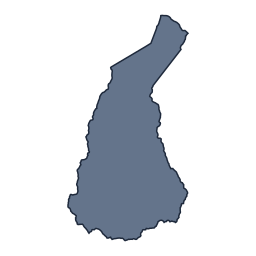 Chorrochó, Bahia, Brazil (Albers equal-area conic projection)
{"feature_id": "56859067B48761296402275", "entity_name": "Chorrochó", "entity_type": "district", "adm_level": 2, "iso_a3": "BRA", "parent_name": "Brazil", "parent_adm1": "Bahia", "projection": "albers", "projection_center": [-39.189, -9.189], "detail": "fine", "context": "isolated", "style": "filled", "palette": "slate", "viewbox_px": 256, "rotation_deg": 0, "n_neighbors": 0, "source": "geoboundaries", "source_scale": "gbopen_adm2", "svg_char_len": 5854}
<svg xmlns="http://www.w3.org/2000/svg" viewBox="0 0 256 256"><path d="M160.8,15.6L160.7,16.6L160.6,17.4L160.4,18.1L159.8,20.1L159.5,21.1L159.2,21.9L159.1,22.6L158.4,24.4L158.0,25.1L157.4,25.8L156.8,26.4L156.7,27.4L156.5,28.5L156.1,29.6L150.9,43.3L145.4,46.7L111.3,66.9L110.7,67.5L111.0,69.0L111.9,69.9L112.3,71.1L112.1,72.2L111.9,74.5L111.9,76.1L112.1,76.9L112.2,77.9L112.0,78.9L110.6,81.5L110.4,82.2L110.0,82.8L109.4,83.4L108.6,83.9L108.2,85.0L108.2,86.2L108.4,87.3L108.4,88.3L108.2,89.1L107.2,89.5L106.2,90.0L105.5,90.9L104.5,91.8L103.8,92.3L103.1,92.4L102.2,93.0L101.4,93.9L99.9,96.3L99.7,97.4L99.5,98.7L98.5,101.0L97.8,103.3L97.3,104.3L97.1,104.9L96.8,106.4L96.7,107.4L96.8,108.4L95.8,108.8L95.3,109.5L94.8,110.4L94.3,111.1L93.9,112.0L93.5,113.1L93.6,114.3L93.4,115.4L92.6,116.2L92.5,117.2L92.9,118.0L93.1,118.8L92.8,119.7L92.0,120.0L90.5,120.3L89.8,121.3L89.3,122.4L88.8,123.3L88.4,124.8L88.2,125.7L88.6,126.3L88.8,127.3L88.9,128.3L88.7,129.5L88.4,130.8L88.8,131.6L88.7,133.3L88.4,134.0L87.8,134.4L86.9,135.2L86.5,136.3L85.9,136.9L86.3,137.9L86.6,139.0L86.9,139.9L87.5,140.9L88.1,141.7L88.0,142.5L87.6,143.3L87.5,144.3L87.9,145.4L87.9,146.5L88.2,147.3L88.5,148.3L88.6,149.4L88.6,150.6L89.4,151.8L89.2,152.5L88.5,152.8L87.8,153.1L87.5,154.2L88.0,155.2L87.5,156.0L87.0,157.3L86.7,158.3L85.8,158.9L84.9,159.4L83.7,159.7L81.8,159.9L81.2,160.4L81.2,161.1L80.7,162.0L80.2,162.8L80.9,164.8L80.0,165.9L79.5,167.1L79.0,167.9L78.6,168.6L77.6,169.4L77.2,170.2L77.3,171.2L77.6,171.8L77.8,172.5L77.9,173.3L78.1,174.1L78.2,175.1L78.0,176.2L78.2,177.0L78.5,177.7L78.4,178.6L78.1,179.5L77.4,181.3L77.3,182.4L76.7,184.1L76.8,185.0L77.6,186.6L77.7,187.7L77.6,188.8L77.7,189.8L78.0,191.0L77.4,193.0L77.0,193.7L76.4,194.2L75.2,194.4L74.0,194.6L72.8,195.0L70.9,194.4L70.3,194.8L70.1,195.7L69.6,196.4L69.5,197.4L69.5,198.2L68.9,198.7L68.5,199.8L68.7,200.9L68.6,201.6L68.3,202.3L68.3,203.7L68.0,204.8L68.0,205.8L68.0,206.9L68.6,207.7L69.5,208.0L70.1,208.7L70.4,209.6L70.7,210.4L70.8,211.2L71.8,212.2L72.5,213.2L73.3,213.6L74.2,214.1L76.2,215.7L76.1,216.7L75.9,217.4L75.5,218.0L75.9,218.6L75.6,219.6L75.9,220.6L76.5,221.8L77.1,222.4L77.2,223.9L78.1,224.6L79.1,224.3L79.9,224.5L80.8,224.2L81.6,224.3L82.4,224.2L83.2,225.0L83.8,226.2L84.5,227.2L85.1,227.8L85.9,228.5L86.4,229.4L87.1,230.1L87.7,231.0L88.0,231.7L88.4,232.4L89.0,233.2L89.7,232.3L90.5,231.7L91.3,231.5L91.7,230.8L91.8,230.0L92.4,229.6L93.2,229.6L94.1,229.8L94.8,229.2L95.9,228.4L98.6,229.1L99.3,229.5L100.0,230.0L100.8,230.8L101.6,231.5L102.0,232.4L103.0,234.0L103.6,234.3L104.2,234.9L104.8,235.6L105.4,236.0L106.4,236.9L106.8,237.9L107.8,238.1L108.5,238.0L109.6,237.5L110.6,237.2L110.9,238.0L111.4,238.5L112.1,239.4L112.8,239.1L114.6,238.6L115.5,238.6L117.3,238.2L118.2,238.1L119.3,238.0L120.4,238.1L121.0,238.4L121.8,238.2L122.6,238.3L123.3,238.8L123.8,239.3L124.3,240.0L125.1,240.6L126.3,240.2L127.6,239.8L128.4,239.3L129.5,239.4L130.8,239.2L132.3,239.3L133.4,238.7L134.5,238.9L135.3,239.3L136.4,239.3L137.0,238.9L137.6,238.2L138.3,237.6L139.4,237.0L140.4,236.5L140.9,235.6L140.6,234.6L140.7,233.5L141.1,232.5L142.0,231.8L142.3,230.9L142.6,230.0L143.3,229.7L144.6,229.8L145.7,229.7L146.2,228.5L147.0,228.5L147.7,228.8L148.9,228.7L150.0,228.2L151.0,228.3L152.0,228.1L153.0,228.0L154.1,228.0L154.7,227.5L155.3,226.5L156.1,226.3L157.4,223.6L157.8,222.6L158.1,221.6L158.9,221.2L159.8,220.5L160.9,220.3L161.8,220.3L162.9,220.8L163.6,221.6L164.1,222.4L164.8,221.9L165.6,221.6L166.5,221.5L166.9,220.6L168.0,220.3L168.8,220.5L169.4,221.0L169.9,221.8L170.8,221.5L171.7,221.1L172.8,221.4L173.7,221.7L174.7,221.6L175.3,222.5L176.1,222.1L176.7,221.6L177.0,220.7L177.1,219.5L177.8,218.8L178.4,218.1L179.0,217.3L178.8,216.5L178.8,215.7L179.2,214.9L179.5,213.6L180.3,212.8L180.4,211.8L180.2,211.0L180.2,210.3L180.2,208.9L180.2,207.7L180.8,206.8L181.0,206.0L181.4,205.2L181.3,204.2L181.9,203.6L182.7,203.7L183.5,203.5L183.5,202.6L183.8,201.8L184.0,200.7L184.5,200.0L185.2,199.5L185.4,198.5L185.7,197.5L186.2,196.9L186.9,196.0L186.7,194.9L187.1,194.0L187.6,193.2L187.5,192.2L186.9,191.2L186.5,190.3L185.9,189.5L184.9,188.7L184.0,188.3L183.7,187.4L183.7,186.6L183.6,185.8L183.8,184.9L183.3,184.2L182.3,182.7L181.3,182.5L180.6,181.7L180.1,180.6L180.1,179.5L179.6,178.6L179.0,177.6L178.3,176.8L177.9,175.3L177.3,174.3L176.4,172.1L175.8,171.5L175.2,171.0L173.4,169.3L172.8,168.5L171.6,168.6L170.6,168.6L170.5,167.7L169.9,167.0L169.6,166.3L169.0,164.8L168.9,163.7L168.1,162.8L167.4,160.7L167.1,159.9L166.9,158.8L166.7,158.0L166.2,157.1L165.3,155.5L165.3,154.6L165.3,153.7L164.9,152.8L164.0,151.5L163.6,150.7L163.9,149.9L164.0,148.9L163.9,147.8L163.5,147.1L163.0,144.0L162.5,143.4L161.9,142.9L161.2,141.9L161.0,141.1L161.2,139.0L160.2,138.2L158.7,138.3L157.9,137.9L157.4,137.2L157.6,136.2L158.0,135.1L157.8,133.9L156.7,131.6L156.7,130.6L156.8,129.9L157.0,128.6L157.1,127.5L157.8,126.8L158.9,126.1L159.6,125.6L160.0,124.8L160.4,123.6L160.2,122.6L159.4,122.2L159.0,121.4L159.6,119.6L159.9,118.8L160.4,117.4L160.4,116.4L160.5,115.7L160.6,114.6L160.6,113.5L160.1,112.7L159.6,111.6L159.4,110.4L159.0,109.7L158.9,108.7L159.0,107.7L158.7,106.3L158.4,105.0L157.9,104.4L156.6,103.7L155.5,102.9L153.2,101.9L152.4,101.3L151.9,100.4L152.1,99.5L152.0,98.6L151.1,97.5L150.3,97.0L149.7,96.3L150.0,95.2L150.5,94.1L151.1,93.3L151.9,92.6L152.2,92.0L152.3,90.6L152.3,89.6L151.8,88.8L151.8,88.0L152.4,87.2L152.9,86.4L153.0,85.6L181.0,49.4L180.5,48.5L180.4,47.5L180.7,46.5L181.3,45.2L182.2,44.6L182.9,43.8L183.2,43.1L183.7,42.5L184.4,41.3L184.6,40.2L185.2,39.6L185.4,38.9L185.4,38.0L185.6,37.1L185.5,36.1L186.2,35.7L186.5,34.9L187.2,34.1L188.0,33.3L187.3,32.6L185.7,31.1L184.9,30.5L182.9,30.6L182.2,30.3L180.9,28.2L180.1,27.1L179.4,25.0L178.6,24.0L176.8,22.4L175.2,21.6L174.0,21.2L173.1,20.6L170.9,19.0L170.4,17.9L169.5,17.0L168.5,16.3L167.5,15.9L166.2,15.6L163.8,15.6L162.1,15.4L160.8,15.6Z" fill="#64748b" stroke="#1e293b" stroke-width="1.5"/></svg>